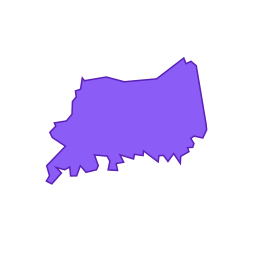 the district of Bath, Kentucky, United States of America, rotated 126°
{"feature_id": "52423323B79890257975212", "entity_name": "Bath", "entity_type": "district", "adm_level": 2, "iso_a3": "USA", "parent_name": "United States of America", "parent_adm1": "Kentucky", "projection": "natural_earth1", "projection_center": [-83.678, 38.15], "detail": "fine", "context": "isolated", "style": "filled", "palette": "violet", "viewbox_px": 256, "rotation_deg": 126, "n_neighbors": 0, "source": "geoboundaries", "source_scale": "gbopen_adm2", "svg_char_len": 898}
<svg xmlns="http://www.w3.org/2000/svg" viewBox="0 0 256 256"><g transform="rotate(126 128 128)"><path d="M206.3,171.6L212.8,163.4L219.0,162.8L218.0,156.8L203.5,155.4L202.1,162.9L199.0,154.7L193.8,152.2L200.5,146.3L196.9,141.4L186.6,144.4L188.5,135.9L180.4,129.0L175.9,129.9L169.5,139.3L163.0,128.3L165.6,123.1L173.6,119.5L168.5,111.5L163.7,116.7L158.2,111.4L154.4,118.7L149.8,105.3L145.5,107.3L141.4,99.6L137.4,102.0L137.7,83.7L132.2,86.7L129.3,83.1L131.6,76.0L121.9,76.0L125.9,64.9L119.9,68.7L111.3,64.8L109.0,68.3L105.6,64.3L101.8,65.5L99.5,71.1L95.7,69.8L92.1,61.6L83.2,63.3L78.7,67.4L37.5,109.4L37.0,116.2L41.9,118.9L38.6,124.0L71.5,133.8L92.8,158.2L99.5,175.5L115.3,191.0L114.4,194.4L124.5,189.2L128.9,192.3L133.3,188.2L139.2,188.5L149.8,181.4L158.5,182.0L167.2,190.6L169.0,187.5L177.5,188.7L180.2,183.6L179.5,167.9L206.3,171.6Z" fill="#8b5cf6" stroke="#5b21b6" stroke-width="1.5"/></g></svg>